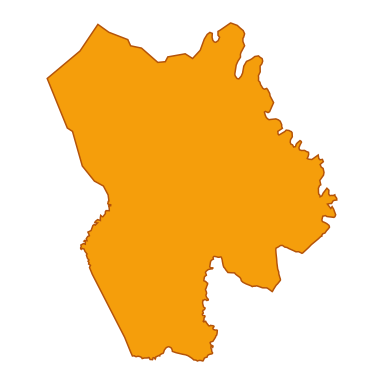 Kolondieba, Sikasso, Mali
{"feature_id": "8926073B25086326483325", "entity_name": "Kolondieba", "entity_type": "district", "adm_level": 2, "iso_a3": "MLI", "parent_name": "Mali", "parent_adm1": "Sikasso", "projection": "robinson", "projection_center": [-6.6, 10.875], "detail": "fine", "context": "isolated", "style": "filled", "palette": "amber", "viewbox_px": 384, "rotation_deg": 0, "n_neighbors": 0, "source": "geoboundaries", "source_scale": "gbopen_adm2", "svg_char_len": 6000}
<svg xmlns="http://www.w3.org/2000/svg" viewBox="0 0 384 384"><path d="M132.4,356.0L134.5,355.8L135.1,356.4L136.1,356.7L137.7,356.3L138.7,356.3L140.2,356.7L141.6,357.5L142.1,358.5L142.6,358.5L144.3,358.0L145.8,358.0L147.9,357.9L148.2,357.5L149.2,357.6L149.4,358.3L150.1,359.5L151.0,359.5L152.5,359.7L152.8,359.2L152.9,358.2L153.2,357.7L154.5,357.8L154.8,358.6L155.2,359.1L155.6,358.2L155.8,357.4L155.8,356.9L159.0,355.5L159.7,355.9L159.9,355.0L161.1,354.1L161.8,353.7L163.0,353.4L163.5,352.7L164.4,350.0L166.2,347.7L167.7,346.9L168.8,346.7L169.8,347.1L171.1,347.8L171.9,349.2L172.2,350.1L172.4,351.4L176.1,352.7L182.8,354.3L185.6,354.8L188.2,355.8L191.4,357.9L192.7,358.9L193.7,359.9L195.1,360.0L196.4,360.3L197.3,361.0L198.2,360.7L199.3,360.4L201.0,360.5L202.3,360.9L203.0,360.9L203.6,359.9L204.4,358.1L205.6,357.5L207.0,357.2L207.6,355.6L208.4,354.8L210.1,354.2L211.7,353.9L212.4,353.5L212.6,352.9L211.7,351.3L211.7,349.9L211.0,348.3L211.0,347.2L211.1,346.5L212.2,346.6L212.7,347.3L213.0,346.6L212.9,345.9L210.9,344.9L210.2,343.2L210.1,342.5L210.7,342.0L211.7,341.7L212.9,341.3L215.4,337.4L216.0,335.8L216.7,335.1L217.1,333.1L217.3,330.3L216.6,330.0L215.6,330.1L214.7,329.9L213.4,329.4L212.9,328.6L213.0,327.9L213.8,327.0L214.0,326.3L213.0,325.7L211.6,325.6L210.7,325.3L210.1,325.8L209.0,325.9L207.9,324.7L206.4,322.7L205.9,322.1L205.8,321.4L205.0,321.2L204.3,321.7L203.8,321.9L203.2,321.3L204.0,319.6L204.0,318.5L204.1,317.8L204.8,317.0L205.0,316.1L204.4,315.7L202.9,315.5L202.3,314.4L202.5,313.7L203.3,313.2L203.1,312.2L202.6,311.4L203.2,310.2L204.3,309.7L205.0,308.6L205.0,307.9L204.0,307.4L203.5,306.7L202.7,303.8L202.6,302.0L202.7,301.7L202.9,300.4L203.3,300.5L204.6,299.5L205.9,299.8L206.8,300.5L208.2,300.1L208.3,299.3L207.2,298.2L206.3,296.7L205.9,295.2L206.6,293.3L206.4,292.0L205.7,290.3L205.5,289.2L206.2,288.0L206.7,286.3L207.6,284.2L207.6,283.2L206.7,282.7L205.8,281.6L204.9,281.1L204.2,281.0L203.8,280.6L204.4,277.0L205.4,275.9L206.4,275.3L206.2,274.4L205.7,273.3L205.5,272.3L206.1,271.3L207.0,270.5L208.2,269.6L209.6,269.2L211.1,268.9L212.2,268.9L212.9,268.1L212.8,267.8L210.8,267.8L210.2,267.4L209.7,266.6L210.6,261.5L211.4,260.3L212.3,259.7L213.4,259.1L213.0,257.7L213.6,256.6L214.6,256.4L216.7,256.8L217.8,257.2L219.0,257.3L220.2,257.0L220.7,256.9L221.3,257.2L222.2,259.8L222.3,261.0L223.1,265.1L223.7,267.0L224.9,268.4L225.9,270.0L227.0,271.3L227.9,272.5L230.4,272.7L234.6,272.9L235.5,274.1L237.0,275.3L240.0,277.5L240.9,279.0L241.3,280.7L243.0,282.3L246.1,283.9L251.0,285.8L252.2,286.6L252.4,286.4L254.9,286.1L255.1,286.2L256.7,285.8L260.0,286.9L262.4,287.8L266.8,287.9L267.9,288.5L272.2,291.6L272.7,291.0L273.7,289.1L276.1,285.3L277.6,283.8L279.6,281.3L280.4,280.2L280.4,279.2L279.7,277.0L278.8,273.9L278.7,271.9L277.7,269.1L276.9,262.9L276.6,258.5L276.0,253.1L275.8,250.2L275.8,249.2L276.1,248.1L278.6,246.8L279.8,245.9L280.6,245.5L282.3,245.4L283.5,246.1L284.6,247.0L287.4,247.6L288.3,248.3L294.1,250.9L295.9,251.8L298.6,251.7L300.4,252.5L301.9,253.3L302.7,253.0L308.5,247.6L311.4,244.6L318.5,238.7L319.9,237.3L321.4,236.1L321.8,236.2L321.9,235.9L321.6,235.6L322.7,233.8L325.0,233.0L326.4,230.9L328.5,228.6L329.5,227.1L329.0,225.4L326.8,223.6L324.3,222.3L322.9,221.8L322.1,220.9L321.9,219.9L322.5,217.3L322.8,216.2L325.4,215.6L326.8,216.5L327.5,216.6L332.4,217.2L333.9,217.4L334.9,216.7L335.7,214.8L333.6,209.1L332.1,206.6L330.8,208.5L327.4,204.1L328.8,203.7L331.5,203.5L332.1,202.6L332.9,201.1L334.0,200.4L336.8,200.0L336.7,198.3L335.0,195.9L334.8,194.8L333.2,195.5L331.6,195.4L329.8,195.6L328.7,194.1L328.9,190.2L326.9,188.2L323.2,193.1L321.9,195.8L320.1,196.8L319.8,195.2L318.8,194.2L318.5,192.4L318.4,188.2L319.6,185.5L320.8,184.8L319.8,180.4L323.5,175.2L324.0,172.4L323.1,168.4L321.2,167.1L320.1,164.5L323.3,161.7L322.4,159.4L320.1,159.8L318.8,158.5L318.2,155.0L311.9,159.5L308.7,159.2L307.2,158.5L308.2,156.2L308.7,154.3L308.5,152.3L306.4,151.5L304.6,150.4L301.5,150.5L299.5,149.8L298.9,147.8L300.1,144.8L301.5,142.2L301.2,141.4L300.0,140.6L297.3,142.9L296.2,144.2L295.5,146.6L293.7,147.0L292.5,144.8L291.0,144.2L290.2,142.3L290.5,139.8L292.3,136.8L292.1,132.7L291.3,131.6L290.0,131.1L289.1,130.5L286.2,130.1L284.9,131.5L279.0,135.0L278.1,134.1L277.8,131.4L282.4,128.3L281.7,126.6L281.7,124.7L280.2,121.2L278.3,119.8L275.9,118.9L270.1,119.5L269.0,119.7L268.5,119.4L267.3,118.6L266.0,117.0L265.1,114.7L264.4,112.1L265.4,111.4L268.0,112.6L269.6,111.7L273.6,102.6L270.1,96.0L269.7,93.5L268.1,90.5L267.9,90.0L266.7,88.4L264.4,89.2L262.9,88.4L260.6,84.7L259.9,82.2L258.5,80.6L258.6,77.7L258.4,75.7L260.2,71.9L260.1,66.0L261.8,63.9L262.7,61.1L262.2,58.8L262.0,58.5L260.2,57.4L258.5,55.9L254.8,56.5L251.6,59.0L249.7,60.0L246.5,61.4L243.8,66.1L242.6,73.0L241.2,76.2L238.8,78.9L237.0,78.5L235.1,75.7L234.8,74.1L236.2,65.1L237.9,61.2L239.8,58.3L240.5,57.1L240.4,54.5L240.9,52.6L244.0,46.8L244.6,45.8L242.9,41.4L242.9,38.4L243.6,37.3L244.6,33.8L243.2,30.6L240.0,27.9L237.3,25.4L231.4,23.2L230.5,23.0L220.1,30.2L218.0,31.4L218.0,35.3L219.6,37.2L218.2,40.6L215.8,42.3L214.3,42.0L212.8,40.3L212.1,37.3L212.3,33.4L209.9,32.4L207.2,34.4L204.3,39.1L200.2,50.3L192.6,58.5L185.2,53.8L167.8,56.9L165.3,61.7L157.8,62.4L141.5,48.1L130.6,45.8L127.8,39.6L108.9,32.3L97.9,24.4L80.0,51.0L47.2,78.5L67.3,128.0L72.5,131.4L82.3,166.0L94.4,181.1L103.4,186.0L108.1,194.9L108.9,201.0L108.3,201.3L107.8,203.7L108.6,204.5L110.7,204.7L110.7,205.7L108.7,206.0L109.2,207.9L109.3,210.7L106.1,210.6L105.3,211.9L105.4,213.5L103.1,216.6L102.2,216.7L100.7,215.4L100.3,217.9L100.4,220.5L97.6,219.6L95.3,221.5L94.8,222.6L97.5,222.9L95.3,225.1L94.1,224.6L92.9,225.5L91.1,230.5L87.9,232.1L88.7,233.8L89.4,235.7L87.7,236.5L86.3,238.6L87.0,240.7L84.7,240.4L84.0,241.1L85.3,241.6L85.3,244.2L83.6,243.5L80.9,245.0L81.2,246.7L80.6,248.0L80.8,248.9L82.0,248.7L82.0,248.8L82.3,248.5L84.1,249.1L84.9,251.2L87.0,254.0L86.4,255.1L87.5,258.4L88.9,260.0L88.0,261.2L89.0,262.6L88.6,264.0L90.5,265.3L89.5,267.4L89.5,267.5L92.3,274.3L124.7,337.4L130.7,352.2L132.4,356.0Z" fill="#f59e0b" stroke="#b45309" stroke-width="1.5"/></svg>